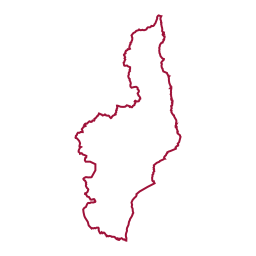 Nkhata Bay, Nkhata Bay, Malawi
{"feature_id": "42251766B11922581525025", "entity_name": "Nkhata Bay", "entity_type": "district", "adm_level": 2, "iso_a3": "MWI", "parent_name": "Malawi", "parent_adm1": "Nkhata Bay", "projection": "orthographic", "projection_center": [34.057, -11.614], "detail": "fine", "context": "isolated", "style": "outline", "palette": "rose", "viewbox_px": 256, "rotation_deg": 0, "n_neighbors": 0, "source": "geoboundaries", "source_scale": "gbopen_adm2", "svg_char_len": 5828}
<svg xmlns="http://www.w3.org/2000/svg" viewBox="0 0 256 256"><path d="M91.6,228.5L92.0,228.1L93.4,228.4L94.3,228.0L95.4,228.3L96.5,227.7L98.3,227.7L98.7,228.2L98.7,230.4L99.7,232.6L100.2,233.3L100.8,233.3L101.7,232.2L102.7,233.2L103.5,232.6L104.0,232.6L105.1,233.6L105.6,234.7L106.3,235.1L106.6,236.3L106.8,236.4L107.6,235.9L108.5,236.3L109.4,235.9L111.1,236.3L112.0,236.9L112.7,236.7L114.5,236.9L115.0,237.3L115.5,238.1L116.2,238.7L117.1,238.2L117.8,238.3L117.9,238.6L117.4,239.4L118.6,239.9L119.3,239.9L119.8,238.7L120.5,238.8L121.4,238.2L122.3,238.6L123.3,239.6L124.4,239.4L125.4,240.4L126.3,240.6L126.4,238.0L126.0,237.0L125.8,235.1L126.1,233.3L127.0,230.8L126.8,229.6L127.0,228.1L128.5,224.9L129.0,221.8L129.8,220.2L130.0,219.2L131.8,216.3L132.6,214.5L132.5,214.2L133.3,212.9L132.8,211.3L132.6,208.6L131.7,206.8L132.1,204.8L131.5,202.5L132.6,200.0L134.3,198.0L136.1,196.4L136.6,195.0L136.4,194.2L139.6,191.5L147.6,186.9L154.6,183.3L154.1,182.2L153.8,182.0L153.8,181.3L153.3,181.3L152.9,180.7L153.0,181.1L152.7,181.1L152.3,180.5L152.1,177.6L152.6,176.0L152.5,175.8L152.4,174.9L153.4,173.8L153.2,172.5L154.3,171.2L154.0,170.5L154.1,169.8L153.7,169.5L154.0,168.5L153.5,167.7L154.1,166.6L153.8,165.3L156.8,162.8L159.0,161.9L159.6,161.5L159.9,161.0L163.6,159.3L164.2,158.7L164.8,158.7L164.1,157.7L164.2,157.1L164.9,156.1L165.9,155.3L166.5,153.8L167.3,153.1L167.2,152.4L168.6,151.6L170.2,151.1L175.9,148.7L175.8,148.0L175.6,148.1L175.5,147.9L175.6,147.3L176.1,147.0L176.6,146.2L177.8,145.8L178.3,145.0L177.7,143.7L179.1,142.2L180.5,137.0L180.3,136.9L180.0,135.3L177.6,133.4L177.3,132.2L177.7,132.1L177.9,131.8L176.6,128.4L176.7,127.2L175.8,127.2L175.7,126.6L176.3,126.2L176.2,126.0L175.6,126.2L175.6,125.6L176.4,124.2L176.1,124.3L176.0,123.5L176.4,121.2L176.2,120.1L174.1,116.4L174.0,115.4L173.3,115.1L172.1,113.4L171.3,111.9L171.6,110.8L170.9,110.2L171.7,108.2L171.4,107.9L171.5,107.1L171.1,106.1L171.4,105.7L171.8,105.8L172.1,105.5L172.4,103.3L171.9,103.0L171.9,102.4L172.4,102.3L172.6,101.7L172.5,100.5L171.6,100.2L171.6,99.6L171.1,99.0L171.2,98.6L171.7,98.5L171.1,96.1L171.1,94.8L170.7,94.4L171.1,92.9L170.9,91.3L171.3,88.4L170.4,88.3L171.2,87.5L171.3,87.0L170.6,86.7L170.7,85.9L170.3,85.5L169.3,83.0L168.9,80.3L168.9,78.0L168.5,76.9L169.1,76.3L168.5,76.2L168.4,75.4L168.0,75.3L167.3,74.0L167.0,73.0L163.3,71.4L162.6,69.3L162.6,68.7L162.1,68.2L161.7,67.2L161.5,65.5L161.9,64.0L161.2,62.9L161.3,62.6L161.8,61.7L163.8,59.7L163.9,59.0L162.9,58.7L162.2,58.2L160.5,56.1L159.9,53.7L159.5,53.1L159.4,51.5L159.2,50.8L159.5,49.1L159.2,47.9L159.8,46.3L159.8,45.3L160.9,43.3L162.7,42.5L162.6,41.8L163.8,40.4L163.5,39.6L164.2,39.2L164.2,38.3L164.7,37.0L164.6,36.3L163.8,36.1L162.6,34.7L162.7,34.4L163.2,34.0L164.0,34.0L163.8,33.4L163.9,32.7L163.1,32.8L163.2,32.2L162.7,31.9L162.1,31.0L162.3,29.6L162.1,27.9L161.6,26.2L161.4,24.7L161.2,24.5L161.2,23.5L161.5,23.0L161.0,22.5L161.1,21.3L160.4,19.1L160.6,17.6L161.3,16.2L160.2,16.0L158.7,15.4L157.9,15.9L157.1,17.2L157.2,18.5L155.3,23.4L154.5,24.2L154.2,25.1L153.4,25.9L152.5,26.1L151.4,25.9L151.1,26.5L150.0,27.3L148.0,27.3L147.3,27.8L146.4,29.4L144.8,30.1L143.0,30.1L142.4,29.8L141.5,30.1L140.2,30.2L139.1,29.5L138.7,30.1L136.2,30.9L135.1,32.2L133.4,33.0L131.5,35.4L131.9,36.2L131.9,37.0L132.3,37.6L132.3,39.2L132.0,40.5L131.4,41.5L131.3,42.5L130.4,42.8L130.3,43.3L130.5,44.3L129.8,45.0L129.3,47.4L130.0,48.8L129.4,49.1L127.7,49.2L127.4,50.1L126.1,50.6L125.8,51.0L125.8,51.5L125.2,52.3L125.6,53.3L124.2,54.3L123.9,54.9L124.1,55.4L124.5,55.5L124.8,56.7L125.2,57.2L124.5,58.4L125.3,59.5L124.6,60.7L124.3,62.0L123.6,62.6L124.1,65.3L124.3,65.6L124.9,65.8L127.0,65.5L128.0,66.4L130.1,67.2L130.1,69.1L129.5,70.0L130.0,71.0L129.3,71.8L128.7,73.1L128.9,74.6L128.3,75.7L128.3,76.5L128.7,77.9L129.8,79.1L129.5,80.0L130.2,81.4L130.8,83.2L130.7,84.1L130.3,84.9L130.5,86.6L131.5,87.7L134.3,87.0L136.1,86.8L137.4,87.6L137.7,88.1L137.6,89.3L138.5,90.0L138.9,90.9L138.8,91.8L137.7,93.2L137.6,93.6L138.3,94.6L138.4,95.5L139.5,96.5L140.3,98.1L140.3,98.8L139.5,99.3L139.2,100.7L138.6,101.3L136.7,101.5L135.3,100.7L135.0,100.9L134.9,101.1L135.4,101.1L135.5,101.5L135.1,102.0L135.3,102.5L135.2,103.3L134.5,104.2L134.4,105.1L132.9,105.9L132.1,107.2L131.1,107.2L130.2,106.4L129.6,106.8L129.1,106.0L126.8,105.3L125.4,106.6L123.8,106.9L120.8,106.8L117.8,105.7L117.0,105.7L117.3,108.0L116.7,108.8L116.8,110.0L116.1,110.4L116.2,112.5L115.2,113.6L115.6,114.5L113.1,115.6L112.0,116.7L111.5,117.7L110.9,118.1L109.8,117.1L109.4,116.3L108.6,115.6L107.4,115.7L106.0,115.4L105.4,114.6L104.7,114.5L104.3,115.0L102.6,115.5L102.1,115.1L101.7,114.5L100.9,114.4L99.5,113.6L98.9,113.5L98.6,114.8L98.1,115.1L97.7,116.0L96.9,116.3L96.3,117.5L94.4,118.9L94.6,119.6L94.2,120.6L92.5,120.5L91.7,121.8L90.6,121.9L89.9,121.4L89.4,121.3L86.8,123.7L85.5,123.6L84.9,124.0L84.2,125.0L85.3,125.4L85.6,126.0L83.6,126.9L81.8,129.2L82.6,131.1L82.7,132.1L80.6,132.0L79.5,132.8L78.0,132.7L77.2,133.7L76.9,134.9L75.9,135.8L75.9,136.6L75.5,137.3L75.7,138.0L76.7,138.2L77.8,139.3L79.2,141.0L80.1,143.3L79.4,146.1L79.6,146.8L80.9,146.9L81.1,147.0L79.9,147.8L78.7,150.4L78.6,151.8L79.8,152.8L80.0,153.8L81.7,153.2L82.8,154.5L84.6,155.1L86.4,155.9L86.2,157.5L85.2,158.0L84.9,159.7L84.9,160.4L85.7,161.7L90.2,161.7L95.4,164.2L95.4,170.3L91.6,177.1L91.1,177.3L88.2,177.4L85.9,177.1L84.3,177.9L83.4,178.7L83.4,179.1L84.1,180.1L85.2,180.7L85.4,181.6L86.2,182.4L85.9,183.6L86.3,184.3L85.9,185.1L85.9,186.0L86.9,187.9L88.0,188.9L88.3,189.5L87.6,191.7L86.5,192.9L85.1,193.3L85.0,194.0L86.2,194.6L87.2,196.5L89.1,197.1L89.3,197.7L90.0,198.5L90.4,199.5L91.9,199.7L93.4,199.1L94.1,199.1L94.6,199.6L94.6,200.5L95.2,200.9L95.4,201.2L95.2,201.9L93.4,202.5L90.9,202.4L89.8,203.1L88.6,202.9L87.9,203.1L87.2,204.0L85.9,207.0L84.4,207.8L83.2,209.4L83.5,212.1L84.3,215.8L85.0,217.5L87.8,221.9L88.7,225.5L91.6,228.5Z" fill="none" stroke="#9f1239" stroke-width="2"/></svg>